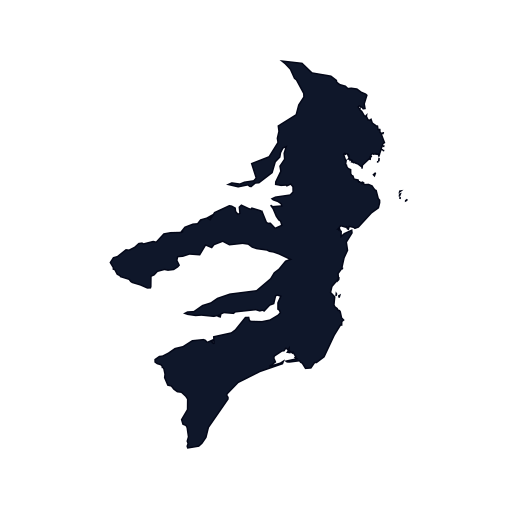 Vesturbyggð, Vestfirðir, Iceland (orthographic projection), rotated 306°
{"feature_id": "244011B84482513465742", "entity_name": "Vesturbyggð", "entity_type": "district", "adm_level": 2, "iso_a3": "ISL", "parent_name": "Iceland", "parent_adm1": "Vestfirðir", "projection": "orthographic", "projection_center": [-23.535, 65.593], "detail": "fine", "context": "isolated", "style": "filled", "palette": "ink", "viewbox_px": 512, "rotation_deg": 306, "n_neighbors": 0, "source": "geoboundaries", "source_scale": "gbopen_adm2", "svg_char_len": 6162}
<svg xmlns="http://www.w3.org/2000/svg" viewBox="0 0 512 512"><g transform="rotate(306 256 256)"><path d="M297.6,191.6L301.5,200.9L308.8,207.6L308.7,210.0L309.3,211.2L314.6,212.5L317.0,215.3L332.9,220.0L343.5,216.2L350.0,217.1L354.0,215.1L359.2,214.3L362.3,216.2L355.7,218.4L351.1,222.3L342.8,222.6L339.2,226.3L327.6,228.4L325.5,229.8L327.9,234.8L331.1,238.6L330.9,239.7L334.6,241.8L333.8,245.2L329.6,248.4L325.4,247.8L315.1,237.2L311.7,235.3L311.6,237.0L313.0,241.7L313.1,245.7L311.6,247.4L305.7,240.5L305.7,238.0L304.4,242.0L300.1,249.1L298.6,253.3L298.7,255.4L296.0,258.9L289.6,255.2L290.9,248.4L289.4,246.4L289.3,244.6L295.7,234.4L295.1,234.0L295.3,233.1L292.3,224.5L290.9,224.5L290.1,222.6L288.5,214.3L285.7,213.8L281.1,217.9L279.1,216.9L280.0,213.3L282.5,211.0L282.0,207.0L281.0,204.9L266.8,197.0L258.4,197.6L258.0,195.1L261.7,197.2L263.4,196.6L257.6,193.9L252.7,190.0L247.7,189.8L244.7,186.3L237.5,181.6L231.3,181.3L233.2,182.7L231.2,181.8L224.6,173.2L219.7,168.5L208.5,167.2L207.3,164.3L199.6,157.9L199.4,156.2L197.2,153.9L191.8,152.8L186.1,149.9L184.6,147.2L174.1,144.3L170.8,141.7L165.1,142.0L162.8,147.4L161.5,148.3L162.0,149.8L159.7,154.5L160.2,157.6L159.7,158.5L162.6,167.1L161.8,169.7L161.9,171.5L164.7,179.5L166.3,186.9L168.2,189.3L169.4,188.9L177.9,182.9L180.8,184.6L185.6,185.2L191.3,189.8L192.8,193.1L196.7,197.3L201.2,199.0L203.4,199.2L205.9,194.5L209.4,193.0L212.8,196.9L218.5,201.0L223.9,209.7L235.3,208.7L236.8,215.2L240.5,215.3L248.4,220.4L249.5,227.9L258.4,237.7L261.1,242.8L261.0,247.7L262.4,252.2L267.3,261.4L267.7,264.1L269.5,267.6L271.3,273.6L273.6,286.0L269.2,283.0L258.8,282.4L253.2,280.7L246.2,281.3L228.2,276.9L209.8,257.3L199.1,249.8L191.5,247.1L184.5,241.9L174.5,238.5L170.4,233.5L167.8,232.2L168.7,235.1L172.4,242.1L176.1,246.5L182.4,257.3L184.8,259.4L185.4,262.6L185.4,260.1L186.6,260.8L185.7,261.6L185.8,262.8L188.6,261.6L191.4,263.3L196.4,271.5L198.6,272.0L212.5,287.4L213.8,291.3L216.0,293.1L216.3,294.9L224.3,295.9L227.9,298.3L235.3,295.2L237.0,296.3L238.1,299.7L231.0,301.3L225.9,305.0L225.9,306.9L224.4,309.1L221.1,308.7L212.4,305.0L206.4,299.5L200.2,290.5L199.8,289.7L200.3,288.0L202.0,286.2L200.0,283.6L184.0,282.8L179.3,281.3L165.8,269.3L160.7,273.4L160.2,272.9L160.4,270.2L162.2,271.3L163.1,270.6L157.8,267.6L157.5,266.5L158.0,264.7L157.5,262.7L150.0,254.3L139.8,250.3L133.5,244.9L126.0,242.3L120.1,239.3L117.9,236.9L112.9,235.2L110.9,236.7L110.9,239.4L112.1,242.8L111.9,244.6L110.8,245.7L111.2,246.2L110.6,247.8L106.9,251.9L103.9,253.6L99.7,260.6L101.1,263.9L100.0,267.9L100.0,272.1L102.0,275.8L101.3,281.6L100.1,284.8L91.5,290.9L79.9,292.0L77.0,295.8L77.8,299.0L76.7,301.2L70.0,307.7L65.8,309.2L64.4,311.3L61.7,312.1L60.6,313.6L68.5,321.4L72.7,322.3L79.8,322.1L89.4,318.2L123.8,317.4L125.2,316.4L126.1,314.1L127.6,313.6L143.1,315.8L164.8,327.0L184.4,340.7L187.0,340.0L183.8,338.8L174.4,331.7L181.7,334.0L183.8,330.4L185.8,329.6L194.4,332.8L195.9,334.4L198.8,334.2L199.2,335.2L198.8,336.8L201.1,336.9L199.4,338.1L196.6,337.9L197.7,340.2L198.9,339.6L198.9,342.6L200.0,342.5L197.9,347.4L196.8,347.2L196.9,349.5L188.6,342.1L188.6,343.4L190.0,345.5L196.9,352.8L196.3,354.4L196.5,356.5L194.2,362.1L197.7,366.2L204.3,366.0L205.3,367.5L214.4,370.3L237.9,365.8L249.8,364.9L250.5,365.9L253.4,363.9L255.7,364.5L256.2,361.6L260.4,356.9L260.9,355.6L260.3,354.5L261.2,352.4L261.2,349.8L262.2,347.8L269.2,343.7L270.3,337.7L276.0,335.3L286.1,336.1L290.0,332.7L296.2,332.7L306.3,328.3L314.4,326.7L320.3,320.9L331.1,320.1L333.1,318.3L326.0,314.3L321.7,313.4L325.9,310.5L325.5,310.1L327.0,307.8L326.0,307.6L326.5,307.1L325.9,306.4L330.3,306.7L332.0,311.5L333.0,312.0L332.0,313.5L333.1,314.0L331.2,315.2L334.8,314.0L336.6,318.2L336.5,319.7L339.6,321.8L358.7,324.0L366.9,326.7L371.8,324.7L373.8,323.2L374.3,321.1L379.6,314.7L379.3,314.0L379.8,311.6L380.9,308.7L380.0,304.9L377.3,301.6L377.7,300.2L379.0,300.3L377.0,299.4L378.2,298.7L376.7,297.5L377.0,296.2L376.3,295.3L377.5,293.9L375.8,290.1L377.7,287.4L377.4,286.1L378.2,284.3L381.5,281.8L380.9,279.1L381.8,276.4L382.7,275.9L382.7,274.6L386.4,272.7L386.0,272.3L389.7,267.1L391.2,267.5L390.4,269.0L391.4,268.3L392.4,269.8L391.7,271.0L392.9,270.5L390.5,273.4L388.7,273.7L389.5,274.5L388.7,275.8L389.6,276.0L389.6,277.2L388.7,277.8L389.6,278.0L388.8,278.9L388.8,280.0L389.9,281.0L389.6,281.6L390.4,284.5L390.3,288.4L390.8,289.0L389.0,290.4L392.1,288.7L401.7,290.5L405.8,289.5L407.4,290.1L407.4,291.2L409.2,292.8L408.4,293.5L409.5,293.1L409.5,294.2L411.7,295.8L421.5,292.6L423.2,293.3L427.9,286.2L429.4,285.9L428.8,284.7L429.1,283.5L431.6,281.4L430.3,281.9L430.6,281.2L430.1,280.3L432.5,277.9L431.9,277.0L431.9,271.9L434.2,268.7L432.6,268.2L432.0,266.6L433.8,263.2L434.8,262.7L433.2,262.5L433.1,261.1L435.1,256.6L435.3,254.1L436.3,253.5L435.7,253.4L436.6,251.0L438.3,251.4L438.6,254.9L438.1,256.2L439.4,257.5L442.7,254.1L451.2,251.2L451.4,249.5L450.3,244.7L450.4,239.5L447.7,234.4L445.4,231.9L445.9,228.5L443.9,223.0L444.0,219.2L445.3,217.8L445.5,210.9L437.0,193.7L438.9,180.0L429.0,162.5L428.8,166.5L427.4,174.0L422.4,182.7L422.3,185.2L415.6,199.1L412.8,201.3L403.4,201.8L393.9,205.5L374.3,197.6L370.4,201.3L363.8,204.1L360.8,207.1L344.0,208.3L328.2,198.2L319.2,210.4L315.5,210.0L308.9,203.3L304.7,200.7L300.9,193.5L297.6,191.6ZM393.6,303.8L390.8,303.2L390.5,304.7L393.6,303.8ZM271.2,347.7L273.5,346.9L272.4,346.4L271.2,347.7ZM405.7,299.3L407.6,298.0L404.7,299.5L405.7,299.3ZM411.2,296.1L409.7,295.8L409.2,296.6L411.2,296.1ZM390.5,335.9L388.3,337.0L391.1,336.3L390.5,335.9ZM386.8,338.9L387.7,338.6L388.2,337.9L386.8,338.9ZM285.5,336.8L287.7,335.6L284.8,336.7L285.5,336.8ZM270.7,344.2L272.6,343.5L272.8,343.0L270.7,344.2ZM390.7,345.1L388.8,344.5L388.5,344.7L389.5,345.2L390.7,345.1ZM404.9,290.9L404.1,290.3L403.7,290.7L404.9,290.9ZM295.8,333.6L297.1,333.1L297.4,332.8L295.8,333.6ZM393.7,334.9L393.0,334.2L392.3,334.5L393.7,334.9ZM400.7,291.9L402.7,290.8L403.0,290.5L400.7,291.9ZM419.1,295.1L420.2,294.7L420.6,294.3L419.1,295.1ZM429.1,287.0L430.8,286.4L431.1,286.2L429.1,287.0ZM403.8,299.2L404.3,298.7L403.0,299.4L403.8,299.2ZM415.6,297.4L416.2,297.3L416.9,296.8L415.6,297.4ZM415.5,295.8L416.4,295.6L416.8,295.4L415.5,295.8Z" fill="#0f172a" stroke="#020617" stroke-width="1.5"/></g></svg>